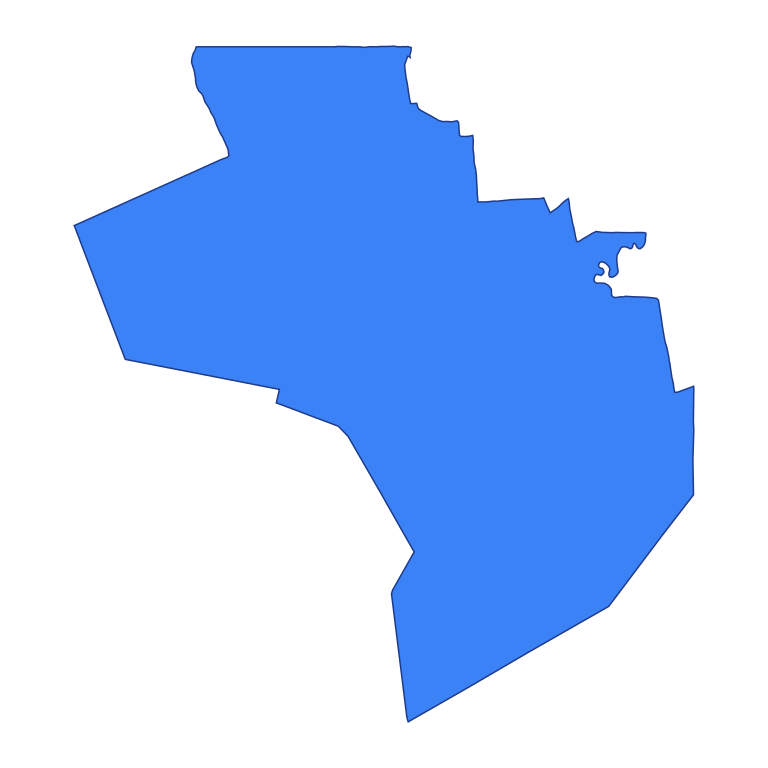 outline of Banan, Batdâmbâng, Cambodia
{"feature_id": "14789045B38082760726943", "entity_name": "Banan", "entity_type": "district", "adm_level": 2, "iso_a3": "KHM", "parent_name": "Cambodia", "parent_adm1": "Batdâmbâng", "projection": "natural_earth1", "projection_center": [103.091, 12.952], "detail": "fine", "context": "isolated", "style": "filled", "palette": "blue", "viewbox_px": 768, "rotation_deg": 0, "n_neighbors": 0, "source": "geoboundaries", "source_scale": "gbopen_adm2", "svg_char_len": 3750}
<svg xmlns="http://www.w3.org/2000/svg" viewBox="0 0 768 768"><path d="M196.2,46.8L195.1,50.4L193.4,53.2L192.7,55.2L191.8,59.1L191.6,62.6L192.9,66.6L194.2,70.7L194.8,74.3L195.5,78.1L195.7,81.9L196.2,84.6L197.2,87.8L198.9,91.0L200.7,92.8L201.9,94.0L203.3,96.7L204.0,99.1L204.9,101.6L206.2,103.9L208.0,106.5L209.5,109.1L210.6,112.0L212.0,114.3L213.0,115.9L214.2,118.1L215.0,120.5L216.1,123.7L217.4,126.8L219.1,130.7L220.8,134.2L222.3,136.4L223.2,138.4L224.6,141.4L226.1,144.9L227.3,147.6L228.1,149.9L228.4,151.6L228.4,153.2L229.0,155.6L227.1,157.4L221.2,159.5L74.2,225.6L74.8,227.0L99.8,292.7L125.3,359.4L279.4,389.4L276.3,402.9L294.8,409.8L316.4,418.0L338.3,426.2L348.1,436.4L379.7,491.2L407.4,540.1L414.2,551.9L392.6,590.1L391.5,593.8L406.9,717.5L408.2,721.9L413.8,718.6L469.5,686.7L528.5,652.2L578.2,623.8L608.7,606.4L661.8,535.9L693.5,494.8L692.9,460.2L693.8,429.9L693.4,421.7L693.8,388.3L693.6,386.3L677.5,392.2L674.8,392.3L674.0,389.0L673.6,386.2L673.3,383.2L671.9,377.4L670.3,366.7L670.0,363.7L669.2,361.0L668.9,357.6L668.1,353.8L667.5,350.6L666.9,347.7L665.2,342.3L664.1,336.6L662.9,329.3L662.1,324.3L661.2,317.6L658.9,302.8L658.3,300.0L656.8,298.5L654.3,298.0L649.5,297.5L643.9,297.1L633.6,296.8L625.6,296.3L623.1,296.9L620.2,296.8L617.8,297.3L614.6,297.5L613.5,297.2L611.6,295.5L611.6,293.8L611.5,292.6L611.4,291.1L611.4,290.0L611.0,288.7L609.9,287.2L608.5,285.5L606.5,284.3L604.5,283.3L600.2,283.0L597.5,283.2L595.8,282.7L594.3,281.4L593.9,279.1L594.6,277.1L595.3,275.4L596.7,274.3L599.2,274.9L601.2,275.4L603.2,273.7L604.0,272.1L603.5,270.1L602.6,268.7L601.0,268.1L599.5,267.5L598.6,266.3L598.7,264.6L599.5,262.7L601.4,261.8L603.6,262.2L605.5,263.2L606.9,264.4L608.4,265.9L609.5,267.8L609.8,269.5L609.3,271.8L608.9,273.3L609.0,275.2L609.6,276.8L612.2,277.3L613.8,276.6L615.6,275.4L617.0,274.1L618.1,272.0L618.0,270.1L617.5,268.0L617.4,266.3L617.1,263.8L616.9,261.9L616.8,259.7L616.8,257.4L617.2,254.8L618.4,252.8L620.1,249.3L621.6,247.2L624.1,246.8L626.5,247.0L628.6,248.0L630.3,248.8L632.0,247.9L632.5,247.0L632.9,245.6L633.2,244.0L634.3,243.1L636.1,244.8L636.2,245.9L637.1,247.3L638.3,248.4L639.9,248.8L642.0,247.5L643.1,246.4L644.4,244.3L645.0,242.4L645.4,240.7L645.5,238.6L645.6,236.4L646.0,234.8L645.8,233.1L643.9,232.6L640.2,232.5L636.5,232.5L632.0,232.7L628.2,232.6L623.1,232.6L616.5,232.4L611.6,232.7L607.3,232.5L602.7,232.4L598.4,231.8L596.1,231.5L591.9,233.5L587.5,236.3L582.9,238.8L579.5,241.2L577.1,241.7L576.5,240.9L576.1,239.2L575.5,236.6L574.7,232.3L573.7,227.3L572.6,223.5L571.3,216.3L570.3,211.5L569.7,208.2L569.3,203.3L568.8,200.3L568.3,198.6L565.3,200.6L561.7,203.7L559.6,205.9L556.3,208.7L553.1,210.8L550.2,212.8L548.8,209.7L547.2,206.3L545.2,201.4L543.7,197.9L540.2,198.6L525.8,199.1L511.3,199.7L496.2,201.3L494.9,201.0L489.1,201.6L485.0,202.0L480.4,201.9L477.8,202.0L477.8,199.5L477.2,193.5L477.1,188.6L476.7,182.5L476.4,175.5L475.7,169.7L474.1,162.3L473.9,155.7L473.0,148.4L473.3,141.0L473.1,138.3L472.7,135.4L469.9,136.1L465.8,136.5L461.0,136.4L459.6,135.5L459.1,130.7L458.9,126.2L458.5,122.3L457.1,120.8L451.9,121.8L447.1,121.5L442.6,121.6L438.4,120.3L435.2,118.4L430.8,115.9L425.8,113.2L420.3,110.1L418.1,108.1L417.3,105.5L416.7,103.3L413.0,103.6L410.6,103.5L409.5,98.4L408.5,92.0L407.4,84.3L406.0,77.3L405.2,70.9L404.8,66.9L404.7,64.5L405.2,63.1L405.7,61.8L406.2,60.4L406.6,59.3L407.2,57.6L407.8,56.2L408.9,56.5L410.1,57.4L409.8,55.9L409.9,54.9L410.5,53.1L410.7,51.9L411.0,50.8L411.1,48.7L411.1,47.5L407.8,46.6L404.7,46.7L402.8,46.6L400.4,46.9L398.0,46.8L393.6,46.1L391.6,46.3L388.8,46.4L384.2,46.5L380.8,46.5L376.3,46.8L372.5,46.7L368.5,46.8L364.7,47.4L360.3,46.9L356.3,46.8L351.4,46.8L347.1,46.6L343.8,46.5L341.1,46.5L338.1,46.4L334.4,46.8L196.2,46.8Z" fill="#3b82f6" stroke="#1e3a8a" stroke-width="1.5"/></svg>